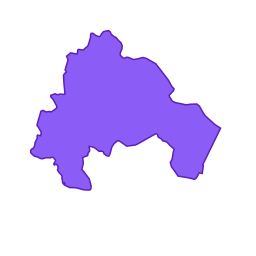 the Region of Ségou, rotated 116°
{"feature_id": "MLI-2810", "entity_name": "Ségou", "entity_type": "Region", "adm_level": 1, "iso_a3": "MLI", "parent_name": "Mali", "parent_adm1": "", "projection": "robinson", "projection_center": [-5.293, 14.054], "detail": "fine", "context": "isolated", "style": "filled", "palette": "violet", "viewbox_px": 256, "rotation_deg": 116, "n_neighbors": 0, "source": "natural_earth", "source_scale": "10m", "svg_char_len": 2824}
<svg xmlns="http://www.w3.org/2000/svg" viewBox="0 0 256 256"><g transform="rotate(116 128 128)"><path d="M206.8,160.7L206.5,160.3L206.3,160.1L206.2,160.1L205.8,160.3L205.1,161.2L205.4,161.4L206.1,161.5L206.5,161.8L206.2,162.3L205.5,163.0L204.8,163.5L204.2,163.8L203.6,164.0L202.8,165.0L202.4,165.3L201.0,165.7L200.6,165.9L199.8,166.8L199.2,167.9L198.4,170.2L197.6,171.6L196.6,172.9L196.1,173.2L195.6,173.2L195.1,173.1L194.6,173.2L193.9,173.8L192.9,174.7L192.2,175.7L192.0,176.6L192.3,177.1L193.4,177.8L193.5,178.3L193.1,178.8L192.6,179.0L189.3,178.8L188.5,179.2L187.8,181.1L187.5,181.6L187.3,182.1L187.3,182.8L187.5,183.4L189.0,184.9L190.4,188.2L191.0,189.2L192.5,190.6L193.4,191.9L193.8,193.5L193.7,196.8L194.3,199.4L194.3,200.1L193.2,203.9L192.7,204.6L192.0,205.1L191.1,205.5L190.0,205.6L189.3,205.4L187.9,204.4L186.4,204.1L184.7,204.2L183.0,204.7L181.5,205.3L180.7,205.1L176.2,205.2L175.4,206.1L174.0,206.2L173.2,203.1L170.0,204.0L166.8,208.6L165.7,210.8L163.9,211.4L157.3,212.5L151.1,213.6L149.4,212.2L149.5,208.7L147.7,206.0L147.0,203.8L141.7,201.1L140.7,200.8L139.3,202.0L135.3,207.5L133.8,211.2L132.4,211.7L129.3,208.6L128.9,205.5L127.4,204.2L125.7,200.0L125.0,199.6L116.7,204.7L108.9,209.1L106.6,208.9L105.1,207.8L104.6,207.9L103.4,210.0L92.9,211.8L90.4,214.7L87.9,213.4L85.7,212.6L84.6,208.8L83.9,206.3L82.2,206.5L79.9,207.4L78.9,206.7L77.7,202.5L74.2,201.1L72.0,200.0L68.3,200.5L62.6,201.5L60.5,202.6L59.0,202.6L58.3,201.2L58.9,197.6L58.7,194.3L57.6,193.1L55.1,193.1L52.0,192.2L49.6,189.0L48.9,188.0L49.5,186.0L51.3,183.9L51.9,180.5L51.9,178.4L53.5,174.9L54.5,171.6L56.7,169.2L59.7,168.1L64.4,167.8L66.0,166.8L67.3,162.8L66.8,161.8L65.0,160.3L64.4,158.6L64.0,152.9L61.1,149.0L58.1,145.6L57.4,141.8L58.1,131.2L65.7,115.8L67.5,112.4L71.5,106.7L72.5,103.9L74.3,103.4L80.5,105.3L82.0,104.2L83.1,102.1L84.4,100.1L84.4,96.3L83.4,92.9L81.7,85.9L79.2,82.2L76.2,76.5L77.0,73.4L81.7,66.6L83.3,63.6L86.8,51.5L87.6,44.7L92.6,44.7L99.3,44.7L103.2,44.7L106.9,44.7L110.3,44.7L113.5,44.7L120.3,44.7L128.2,44.7L128.3,44.7L128.5,44.7L128.5,44.3L128.6,44.0L128.6,43.9L136.3,41.3L137.0,44.4L142.5,44.6L144.1,45.1L145.0,46.0L146.5,52.7L149.3,61.9L147.4,65.1L143.8,71.9L140.6,74.8L136.7,74.7L128.9,77.0L126.7,77.3L125.4,82.3L123.6,87.0L123.9,89.4L124.3,91.4L123.3,92.9L122.9,96.9L120.8,98.8L120.7,100.3L128.4,105.7L137.1,111.6L140.0,113.8L144.9,121.2L143.5,129.0L143.8,131.7L148.0,133.6L151.8,134.2L159.5,132.8L161.7,132.9L162.3,135.2L161.7,138.2L160.3,139.6L160.3,141.2L161.6,143.9L160.5,148.8L160.6,152.1L161.7,154.9L164.6,152.8L166.0,152.4L167.8,152.9L170.4,152.2L171.1,152.6L172.3,154.0L174.5,155.7L179.1,152.8L182.9,151.8L185.4,151.5L186.4,149.0L190.7,140.6L196.4,135.6L199.2,134.7L200.6,135.3L202.9,140.4L204.5,148.5L207.1,154.4L207.1,159.8L207.1,160.2L206.8,160.7Z" fill="#8b5cf6" stroke="#5b21b6" stroke-width="1.5"/></g></svg>